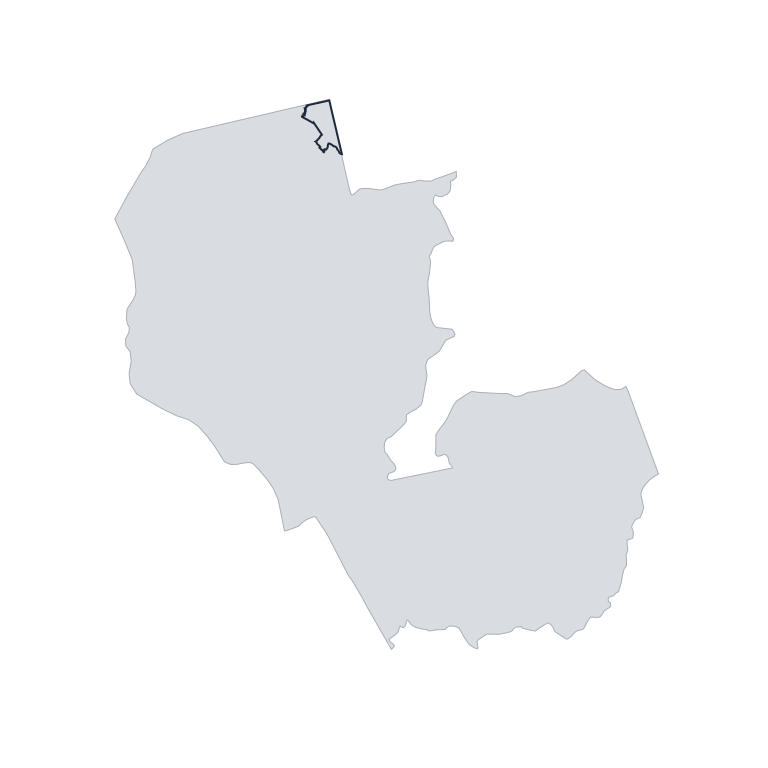 location of Chavuma, North-Western, Zambia, rotated 77°
{"feature_id": "96606910B52944150437375", "entity_name": "Chavuma", "entity_type": "district", "adm_level": 2, "iso_a3": "ZMB", "parent_name": "Zambia", "parent_adm1": "North-Western", "projection": "orthographic", "projection_center": [22.463, -13.294], "detail": "fine", "context": "in_parent", "style": "outline", "palette": "slate", "viewbox_px": 768, "rotation_deg": 77, "n_neighbors": 0, "source": "geoboundaries", "source_scale": "gbopen_adm2", "svg_char_len": 6979}
<svg xmlns="http://www.w3.org/2000/svg" viewBox="0 0 768 768"><g transform="rotate(77 384 384)"><path d="M504.9,514.0L472.6,513.1L460.8,515.4L451.0,519.2L439.2,525.2L432.4,529.4L430.5,531.8L429.5,537.1L429.2,545.5L427.9,551.4L424.2,556.8L406.5,563.0L394.9,568.1L383.6,574.3L374.8,582.4L368.8,592.5L358.8,605.0L338.2,627.2L326.5,631.2L316.7,630.1L305.1,625.2L295.7,624.1L288.8,627.0L282.4,626.0L276.6,621.1L271.7,619.4L267.7,620.6L262.6,620.3L253.3,617.6L245.4,609.4L241.1,606.1L237.7,604.8L228.1,603.4L206.0,601.3L182.9,605.2L162.6,609.2L142.1,591.1L122.2,572.1L118.0,567.3L110.5,560.9L105.1,557.8L103.0,556.2L97.6,539.3L94.6,523.7L94.3,373.7L186.5,373.9L192.4,373.3L192.7,371.7L188.5,363.6L188.7,360.8L189.9,355.4L194.0,344.5L194.3,340.9L192.5,329.1L192.7,322.5L193.8,309.1L193.2,304.6L195.4,298.6L196.2,294.6L197.0,292.9L196.0,288.4L194.2,272.5L193.2,265.8L198.8,266.9L200.6,270.1L201.6,273.7L204.1,273.9L210.7,276.1L213.0,279.1L214.5,285.4L213.6,288.7L211.4,291.3L213.5,293.6L217.9,295.2L220.5,294.8L228.0,290.5L234.9,288.9L238.4,287.9L253.7,285.2L256.8,283.7L258.9,283.7L260.4,284.9L259.0,289.4L258.5,293.4L260.3,301.0L261.7,304.6L264.9,307.2L267.2,308.5L269.7,311.3L275.0,310.9L286.7,314.9L290.2,316.7L295.2,318.5L298.6,319.3L310.7,320.8L323.4,323.1L330.0,323.5L334.7,323.0L338.0,321.9L340.0,320.8L340.9,319.7L345.9,305.5L348.4,304.4L351.6,303.7L353.4,305.0L355.3,314.1L364.4,322.5L367.4,329.4L369.6,335.3L371.5,337.0L375.0,339.1L380.5,339.9L385.5,340.2L410.0,350.8L412.7,352.7L415.6,358.1L417.2,364.2L419.1,369.0L422.2,370.0L425.1,370.4L427.8,373.7L429.8,376.7L436.8,388.7L437.7,393.4L441.2,396.6L445.9,398.1L450.4,398.4L452.9,397.0L459.3,394.8L464.3,392.1L467.8,391.3L469.9,391.9L471.5,393.9L472.4,399.8L475.8,401.9L478.4,401.2L479.5,398.9L479.6,397.7L481.2,336.1L479.0,336.5L476.1,338.1L469.6,338.1L467.0,339.4L466.1,341.3L466.6,343.9L466.6,347.4L465.6,349.0L462.8,349.6L458.7,348.1L451.2,346.2L445.0,344.9L440.6,340.2L434.7,333.0L430.8,329.4L421.3,321.9L419.7,320.4L416.9,316.9L414.5,311.1L412.2,304.4L411.0,300.1L413.5,293.6L419.6,272.4L421.0,265.8L425.8,259.1L426.3,253.1L424.5,245.3L425.1,241.0L426.2,216.6L425.1,208.9L422.0,200.3L415.3,188.2L415.3,185.6L426.2,178.2L429.5,175.3L435.2,169.2L439.1,164.0L441.6,159.7L442.5,154.2L440.8,148.8L444.5,147.9L533.4,136.8L534.6,140.5L537.1,146.6L540.1,151.2L543.8,155.3L547.0,157.7L549.1,158.5L562.7,158.8L567.5,161.3L571.7,164.5L572.6,169.2L575.4,172.2L578.3,174.6L579.6,174.9L581.9,174.5L585.5,174.5L588.8,175.7L590.4,176.8L590.5,180.7L591.5,182.5L596.0,183.3L600.7,183.8L605.1,186.6L610.0,187.3L615.6,188.6L618.1,191.6L624.0,194.7L631.3,197.7L639.2,202.3L639.3,203.7L640.6,206.3L642.0,208.1L642.0,210.9L642.6,213.4L644.7,214.1L646.4,214.3L648.0,212.6L650.1,212.7L652.4,214.0L653.2,216.9L654.9,220.8L657.8,223.6L659.7,226.3L658.9,230.9L657.5,235.1L661.4,239.5L666.5,243.7L667.8,245.5L668.0,251.5L668.7,253.5L672.1,258.6L673.7,262.0L673.6,263.8L663.7,273.2L657.8,274.4L655.1,276.3L653.5,278.3L657.0,288.2L658.8,292.0L657.0,296.5L652.9,304.2L651.2,304.8L650.6,310.8L651.7,313.0L653.5,314.8L654.1,318.9L653.6,328.9L650.8,340.1L654.7,350.3L656.1,351.4L662.0,351.7L663.0,352.6L661.4,355.4L657.1,359.6L649.4,362.6L638.5,365.9L636.1,369.4L634.4,374.6L635.5,377.7L636.9,379.5L636.2,384.1L635.1,388.8L635.2,392.6L634.6,396.0L633.1,397.6L631.0,402.5L628.5,407.5L626.6,409.8L623.8,412.1L619.4,413.9L619.4,414.9L624.2,417.5L625.4,419.1L625.8,420.3L623.6,422.8L625.8,424.4L628.5,425.8L630.9,429.3L633.6,435.8L634.1,436.5L634.9,436.6L636.5,436.0L639.6,433.5L641.8,432.7L644.2,436.5L598.6,450.3L587.8,453.1L571.8,458.1L566.6,459.9L562.4,461.8L519.9,472.6L513.2,474.8L498.1,480.6L497.6,481.6L497.7,484.5L498.8,490.4L501.2,495.9L503.3,499.0L504.4,507.0L504.9,514.0Z" fill="#d9dde1" stroke="#a8b0b8" stroke-width="1"/><path d="M95.2,395.7L95.3,395.8L95.5,395.9L95.5,396.0L95.4,396.2L95.5,396.3L95.8,396.2L96.0,396.1L96.1,396.3L95.9,396.5L95.7,396.6L95.4,396.7L95.4,396.8L95.5,396.9L95.6,397.0L95.8,397.0L95.8,396.9L96.0,396.7L96.3,396.8L96.5,397.1L96.6,397.3L96.6,397.5L96.7,397.8L96.8,397.9L96.9,398.0L97.0,398.2L97.3,398.0L97.5,398.1L97.6,398.3L97.6,398.5L97.7,398.4L97.8,398.4L98.1,398.3L98.3,398.4L98.3,398.5L98.5,398.8L98.8,398.8L98.8,399.0L98.8,399.3L99.0,399.3L99.1,399.2L99.1,398.9L99.3,398.8L99.4,399.0L99.5,399.2L99.7,399.3L99.8,399.4L100.0,399.3L100.2,399.1L100.4,399.0L100.5,399.0L100.5,399.3L100.4,399.3L100.2,399.5L100.3,399.6L100.5,399.6L100.8,399.5L101.0,399.7L101.3,399.8L101.4,400.0L101.5,400.0L101.6,399.9L101.8,399.8L101.9,400.0L101.9,400.3L102.0,400.3L102.0,400.2L102.3,400.0L102.5,400.3L102.6,400.5L102.6,400.8L102.7,400.7L102.9,400.7L103.0,400.6L103.3,400.4L103.4,400.5L103.6,400.6L103.8,400.7L103.9,400.8L103.7,400.9L103.5,401.0L103.8,401.1L104.0,401.0L104.3,401.0L104.2,401.3L104.1,401.5L103.9,401.4L103.8,401.5L104.0,401.7L104.3,401.6L104.5,401.7L104.5,401.8L104.4,401.9L104.4,402.0L104.1,402.0L104.3,402.3L104.4,402.2L104.5,402.2L104.6,402.3L104.6,402.5L104.4,402.6L104.1,402.6L104.0,402.8L104.3,402.9L104.6,403.0L104.8,403.4L104.8,403.5L104.9,403.8L105.1,403.8L105.3,403.8L109.1,399.4L113.8,394.3L113.3,393.8L127.2,388.4L127.4,388.7L127.5,389.1L127.6,389.4L127.8,389.7L127.9,389.8L128.0,390.0L128.6,390.6L129.1,391.1L129.5,391.4L130.3,392.5L130.8,393.4L131.2,394.0L131.5,394.1L131.6,394.3L131.7,394.5L131.8,394.9L131.9,395.0L132.2,395.4L132.3,395.6L132.4,396.1L132.6,395.9L132.8,395.8L132.9,395.7L133.0,395.6L133.3,395.5L133.8,395.4L135.1,395.0L135.4,394.9L135.7,394.7L135.8,394.6L136.2,394.3L136.4,394.1L137.5,393.3L138.0,393.1L138.4,392.9L138.6,392.8L139.2,393.7L141.5,392.3L141.5,392.2L141.8,392.0L141.8,391.9L142.2,391.8L142.3,391.7L142.5,391.5L142.6,391.4L142.8,391.2L143.1,391.2L143.3,391.1L143.5,391.1L143.7,390.9L143.8,390.9L144.1,390.9L144.3,390.9L144.5,390.7L144.7,390.4L144.5,390.2L144.1,389.9L143.9,389.8L143.6,389.8L143.3,389.8L142.8,390.0L142.7,390.1L142.3,389.8L142.1,389.6L142.0,389.4L142.0,389.2L142.0,388.8L142.0,388.7L142.3,388.3L142.4,388.1L142.5,388.1L142.6,387.7L142.5,387.4L142.4,387.3L142.1,387.2L141.9,386.9L141.7,386.6L141.3,386.2L141.0,385.9L140.9,385.8L140.7,385.7L140.4,385.6L139.9,385.3L139.7,385.2L138.9,385.1L138.5,384.9L138.2,384.8L138.0,384.7L137.8,384.5L137.7,384.4L137.5,384.1L137.4,384.0L137.2,383.9L137.2,383.7L137.3,383.5L137.5,383.4L137.5,383.2L137.6,382.9L137.7,382.7L137.8,382.7L138.0,382.4L138.1,382.2L138.3,382.0L138.5,381.8L138.6,381.7L138.7,381.4L138.9,381.3L139.1,381.1L139.3,381.0L139.5,380.8L139.8,380.5L139.9,380.4L140.1,380.3L140.3,380.1L140.5,379.9L140.8,379.8L140.9,379.7L141.0,379.6L141.1,379.4L141.2,379.2L141.3,378.8L141.5,378.6L141.6,378.4L141.8,377.9L142.0,377.7L142.4,377.5L142.8,377.2L143.0,377.1L143.4,376.9L143.8,376.8L144.3,376.8L144.5,376.9L144.8,376.7L145.2,376.6L145.7,376.3L146.1,376.0L146.3,375.9L147.2,375.7L147.7,375.6L148.6,375.5L149.3,375.2L149.6,374.8L149.8,374.5L150.0,374.1L150.2,373.9L150.3,373.7L150.5,373.3L149.2,373.3L136.2,373.4L125.3,373.4L107.2,373.5L95.4,373.5L95.2,395.7Z" fill="none" stroke="#1e293b" stroke-width="2"/></g></svg>